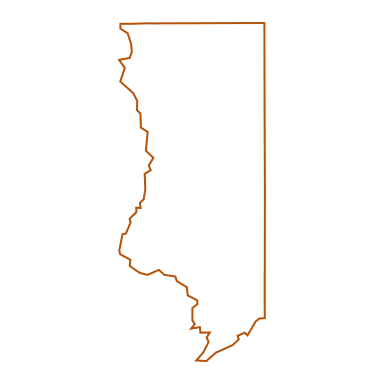 outline of Rich, Utah, United States of America
{"feature_id": "52423323B55148108607943", "entity_name": "Rich", "entity_type": "district", "adm_level": 2, "iso_a3": "USA", "parent_name": "United States of America", "parent_adm1": "Utah", "projection": "natural_earth1", "projection_center": [-111.327, 41.572], "detail": "fine", "context": "isolated", "style": "outline", "palette": "amber", "viewbox_px": 384, "rotation_deg": 0, "n_neighbors": 0, "source": "geoboundaries", "source_scale": "gbopen_adm2", "svg_char_len": 1047}
<svg xmlns="http://www.w3.org/2000/svg" viewBox="0 0 384 384"><path d="M264.9,188.9L264.6,110.3L264.4,23.0L149.1,23.4L147.5,23.3L146.1,23.3L131.8,23.8L120.6,23.8L120.4,23.8L120.4,28.6L127.7,33.3L131.2,44.3L131.8,51.9L129.6,58.0L119.1,59.9L124.8,68.0L120.3,81.6L133.1,93.0L137.2,100.8L137.0,110.3L140.4,113.4L140.9,127.5L147.7,132.0L145.9,150.8L153.4,157.8L148.8,165.5L150.7,170.2L144.7,173.8L145.3,189.5L143.7,199.2L139.9,202.9L140.6,208.0L136.2,207.7L136.4,212.1L129.6,218.8L130.6,222.3L125.9,233.6L122.5,234.3L119.3,250.6L120.2,254.3L130.4,259.8L129.7,265.9L139.6,272.8L147.5,274.9L158.9,269.9L164.3,274.8L175.3,276.5L176.8,281.1L186.9,287.3L187.7,295.4L197.3,300.4L197.4,304.2L192.4,308.0L192.4,320.4L194.8,324.0L191.2,328.6L199.9,327.1L200.4,332.7L209.8,332.5L206.7,337.4L208.6,342.0L203.3,352.4L196.3,360.5L206.4,361.0L215.8,352.7L232.7,345.1L238.8,339.4L237.6,335.8L244.8,332.7L247.5,335.4L255.7,321.4L259.3,318.6L264.8,318.1L264.7,304.7L264.7,275.2L264.8,268.5L264.9,194.5L264.9,188.9Z" fill="none" stroke="#b45309" stroke-width="2"/></svg>